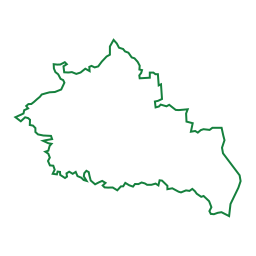 Rondinha, Rio Grande do Sul, Brazil
{"feature_id": "56859067B57057318855477", "entity_name": "Rondinha", "entity_type": "district", "adm_level": 2, "iso_a3": "BRA", "parent_name": "Brazil", "parent_adm1": "Rio Grande do Sul", "projection": "natural_earth1", "projection_center": [-52.911, -27.827], "detail": "fine", "context": "isolated", "style": "outline", "palette": "green", "viewbox_px": 256, "rotation_deg": 0, "n_neighbors": 0, "source": "geoboundaries", "source_scale": "gbopen_adm2", "svg_char_len": 2214}
<svg xmlns="http://www.w3.org/2000/svg" viewBox="0 0 256 256"><path d="M54.9,92.0L49.6,92.3L45.5,93.4L41.7,94.5L39.9,96.8L36.9,99.3L33.9,102.0L31.3,104.0L28.4,104.1L26.2,106.0L28.1,108.4L24.2,110.2L23.5,113.5L15.4,117.2L20.8,121.3L25.1,117.3L28.1,118.1L30.0,119.8L29.8,125.0L33.0,125.6L35.4,128.1L35.4,132.0L38.0,134.4L43.3,135.5L51.0,135.9L52.1,139.1L45.7,140.2L43.1,140.8L48.5,143.3L51.5,143.8L49.6,146.0L48.3,150.7L45.3,151.7L48.3,153.7L49.8,157.6L48.0,161.0L49.9,165.4L53.3,165.7L54.7,169.7L52.7,173.8L56.9,174.4L57.6,171.6L60.0,171.9L60.2,174.9L65.0,178.0L67.0,176.6L66.5,173.4L69.2,171.7L72.7,173.8L75.7,171.9L77.5,176.1L81.3,177.7L83.6,180.0L86.6,180.9L83.8,176.3L84.3,173.2L86.4,170.8L88.7,172.1L89.5,175.9L90.7,180.5L95.1,184.3L99.2,182.2L102.2,180.9L105.5,182.9L102.7,185.5L104.6,187.4L107.8,187.6L112.7,187.5L117.3,190.3L120.9,186.4L123.2,186.3L125.3,182.9L129.3,185.3L133.0,186.6L135.0,184.0L138.4,184.1L141.6,182.5L144.8,183.4L147.1,184.8L151.4,184.8L155.6,183.6L158.4,185.4L159.6,180.3L162.0,180.6L164.6,183.1L167.4,185.8L167.4,189.2L172.3,188.3L178.6,191.7L181.0,192.4L186.0,190.4L189.5,190.9L192.3,188.9L194.9,191.2L196.7,193.7L201.2,196.8L203.6,196.0L209.1,201.2L211.4,207.2L209.4,211.1L210.8,213.9L213.9,214.2L217.8,212.8L221.5,212.2L229.1,216.1L230.5,204.0L238.4,187.7L240.6,181.1L239.6,175.3L223.0,153.3L222.0,147.7L224.5,140.2L223.3,135.6L221.6,127.8L212.4,127.8L209.6,129.9L203.5,129.2L200.8,130.1L197.8,132.6L195.2,131.0L190.9,131.7L192.7,123.2L186.5,121.6L186.1,113.5L187.7,109.3L178.7,110.1L175.7,109.9L169.2,104.8L166.5,106.3L160.7,104.6L158.9,106.5L155.6,107.4L154.9,101.5L157.9,100.9L162.0,99.0L161.0,84.3L158.7,85.4L157.9,74.2L155.4,74.2L153.4,72.6L149.8,72.6L149.8,77.7L139.7,78.3L139.3,75.4L141.2,72.9L142.0,70.1L139.4,69.5L139.7,65.7L137.7,61.9L134.5,58.3L131.7,57.4L128.4,52.7L125.0,51.4L123.1,49.0L119.0,47.7L116.8,43.5L113.6,39.9L109.9,46.5L109.9,54.7L106.6,56.5L101.8,61.6L98.2,66.4L94.7,67.4L91.5,65.9L89.3,66.9L89.6,71.1L85.3,68.7L80.6,72.5L76.3,73.9L71.9,72.1L68.6,72.5L64.2,72.3L63.5,66.3L66.8,64.2L64.8,62.2L60.3,64.5L57.2,64.6L53.7,64.2L53.9,68.5L55.4,72.1L58.2,74.3L60.6,78.9L63.2,80.1L64.4,82.7L61.2,89.5L54.9,92.0Z" fill="none" stroke="#15803d" stroke-width="2"/></svg>